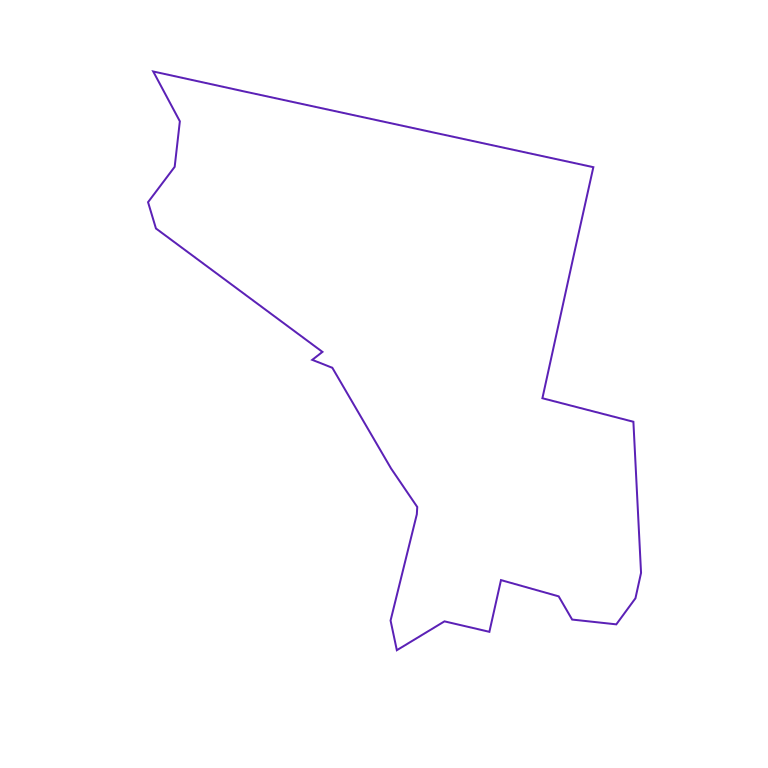 Dawson, Georgia, United States of America (Mercator projection), rotated 192°
{"feature_id": "52423323B59188916162072", "entity_name": "Dawson", "entity_type": "district", "adm_level": 2, "iso_a3": "USA", "parent_name": "United States of America", "parent_adm1": "Georgia", "projection": "mercator", "projection_center": [-84.168, 34.476], "detail": "fine", "context": "isolated", "style": "outline", "palette": "violet", "viewbox_px": 768, "rotation_deg": 192, "n_neighbors": 0, "source": "geoboundaries", "source_scale": "gbopen_adm2", "svg_char_len": 500}
<svg xmlns="http://www.w3.org/2000/svg" viewBox="0 0 768 768"><g transform="rotate(192 384 384)"><path d="M674.7,641.7L638.3,598.5L633.9,552.9L652.6,512.8L639.4,488.7L450.9,402.6L459.2,392.7L437.9,389.1L359.5,302.8L325.9,270.6L324.8,263.4L328.4,154.0L316.1,126.3L275.5,164.4L229.4,163.5L228.8,216.5L169.0,212.6L151.0,192.7L106.8,197.2L93.5,226.7L93.3,252.7L132.2,398.9L226.1,403.0L225.1,556.5L224.3,639.6L388.3,640.3L582.7,641.1L674.7,641.7Z" fill="none" stroke="#5b21b6" stroke-width="2"/></g></svg>